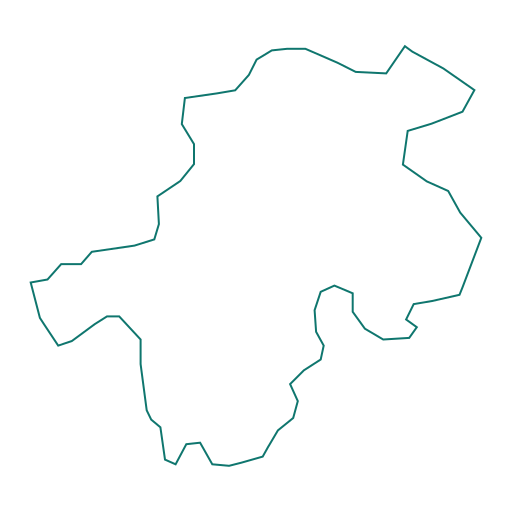 Uiryeong-gun, South Gyeongsang, South Korea
{"feature_id": "91817680B90592918780723", "entity_name": "Uiryeong-gun", "entity_type": "district", "adm_level": 2, "iso_a3": "KOR", "parent_name": "South Korea", "parent_adm1": "South Gyeongsang", "projection": "natural_earth1", "projection_center": [128.274, 35.379], "detail": "fine", "context": "isolated", "style": "outline", "palette": "teal", "viewbox_px": 512, "rotation_deg": 0, "n_neighbors": 0, "source": "geoboundaries", "source_scale": "gbopen_adm2", "svg_char_len": 1073}
<svg xmlns="http://www.w3.org/2000/svg" viewBox="0 0 512 512"><path d="M404.9,46.2L386.2,73.4L355.7,71.9L337.4,62.7L305.4,48.8L287.1,48.8L271.8,50.4L256.6,59.6L248.9,74.9L235.2,90.3L216.9,93.4L184.9,98.0L181.8,124.1L194.0,144.1L194.0,164.1L180.3,181.0L157.4,196.4L158.9,224.1L154.3,239.4L134.5,245.6L91.8,251.8L81.1,264.1L61.2,264.1L47.5,279.5L30.7,282.5L39.9,317.9L43.6,323.6L58.2,345.6L71.9,341.0L94.8,324.1L107.0,316.4L119.2,316.4L140.6,339.5L140.6,364.1L146.7,410.3L151.2,419.6L160.4,427.3L165.0,459.6L175.6,464.3L186.3,444.2L200.1,442.7L212.3,464.3L229.1,465.8L241.3,462.7L262.7,456.6L268.4,446.4L268.8,445.8L277.9,430.4L293.2,418.0L297.8,401.1L290.1,384.1L303.9,370.3L320.7,359.5L323.7,345.6L316.1,331.8L314.6,310.2L320.7,291.8L334.4,285.6L352.7,293.3L352.7,311.8L364.9,328.7L383.2,339.5L409.2,337.9L416.8,327.2L406.1,319.5L413.7,304.1L432.1,301.0L459.5,294.8L462.6,287.1L481.3,237.8L460.2,212.6L448.2,191.0L426.8,181.4L402.9,164.6L407.7,130.9L431.5,123.7L462.5,111.7L474.4,90.1L443.4,68.5L412.4,51.7L404.9,46.2Z" fill="none" stroke="#0f766e" stroke-width="2"/></svg>